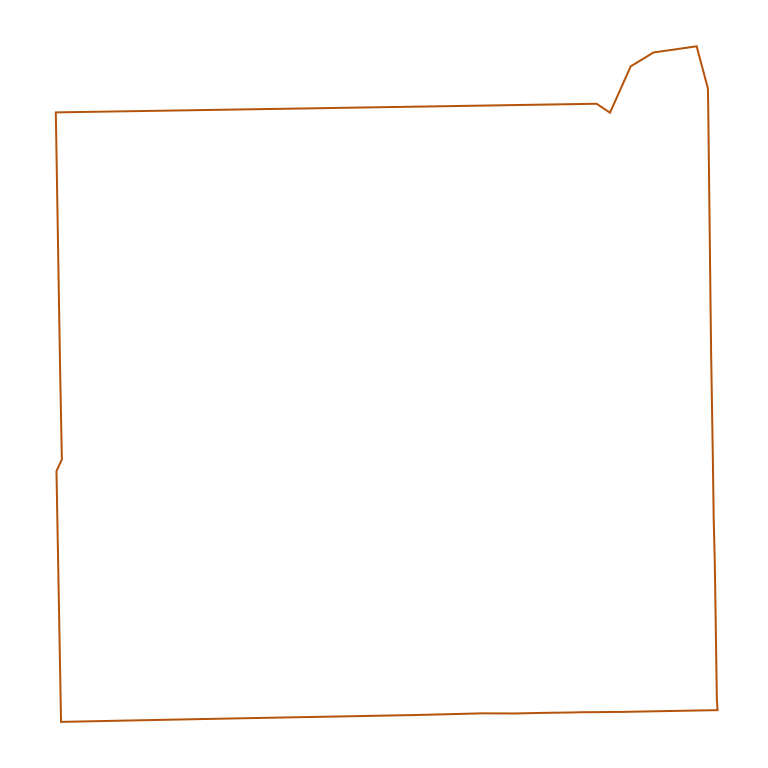 the district of Ottawa, Oklahoma, United States of America, rotated 89°
{"feature_id": "52423323B73964921740161", "entity_name": "Ottawa", "entity_type": "district", "adm_level": 2, "iso_a3": "USA", "parent_name": "United States of America", "parent_adm1": "Oklahoma", "projection": "natural_earth1", "projection_center": [-94.749, 36.834], "detail": "fine", "context": "isolated", "style": "outline", "palette": "amber", "viewbox_px": 768, "rotation_deg": 89, "n_neighbors": 0, "source": "geoboundaries", "source_scale": "gbopen_adm2", "svg_char_len": 624}
<svg xmlns="http://www.w3.org/2000/svg" viewBox="0 0 768 768"><g transform="rotate(89 384 384)"><path d="M715.7,517.1L715.5,356.9L715.0,291.9L715.7,258.3L715.6,229.6L715.7,200.6L715.7,200.4L715.6,193.6L715.8,177.8L715.9,160.0L716.0,152.9L715.9,64.6L715.9,61.6L716.0,56.2L704.5,56.7L585.5,56.4L582.2,56.4L564.7,56.4L525.7,56.7L522.3,56.7L461.8,56.5L375.6,56.4L360.2,56.4L346.0,56.3L340.6,56.3L113.8,55.0L94.1,55.0L51.8,65.5L57.2,108.7L70.7,131.8L116.7,153.3L107.5,166.6L106.7,707.4L360.2,707.6L453.8,707.4L465.4,713.0L716.2,712.8L716.2,709.8L716.0,646.3L715.7,517.1Z" fill="none" stroke="#b45309" stroke-width="2"/></g></svg>